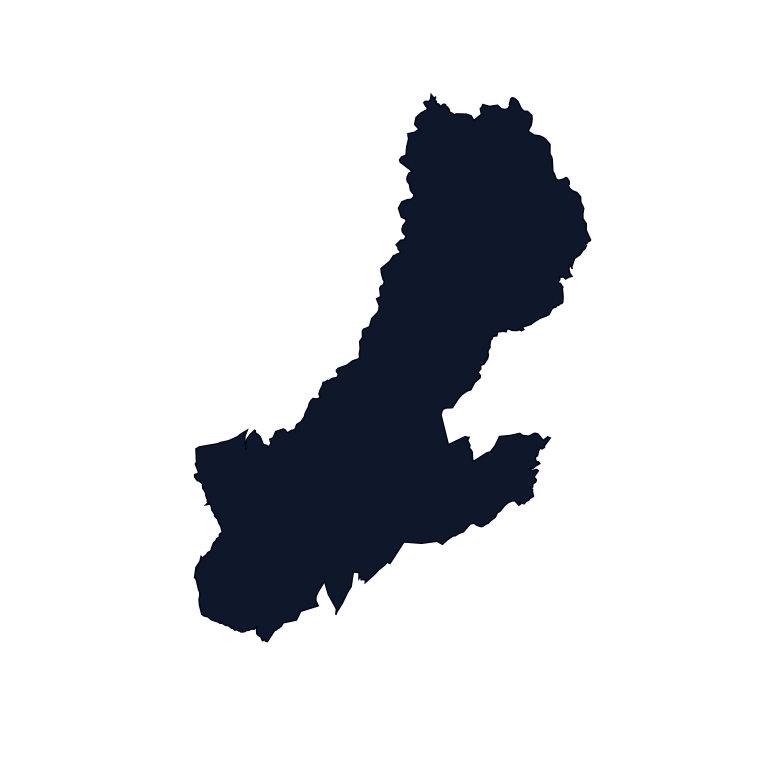 Huatlatlauca, Puebla, Mexico (Mercator projection), rotated 138°
{"feature_id": "50627088B76426864141477", "entity_name": "Huatlatlauca", "entity_type": "district", "adm_level": 2, "iso_a3": "MEX", "parent_name": "Mexico", "parent_adm1": "Puebla", "projection": "mercator", "projection_center": [-98.065, 18.679], "detail": "fine", "context": "isolated", "style": "filled", "palette": "ink", "viewbox_px": 768, "rotation_deg": 138, "n_neighbors": 0, "source": "geoboundaries", "source_scale": "gbopen_adm2", "svg_char_len": 6161}
<svg xmlns="http://www.w3.org/2000/svg" viewBox="0 0 768 768"><g transform="rotate(138 384 384)"><path d="M181.9,560.6L187.5,556.4L187.6,551.7L186.8,549.7L192.6,550.5L198.9,554.0L201.8,549.6L208.5,545.0L214.5,539.3L219.2,541.0L222.6,540.1L223.5,537.9L220.7,523.2L224.3,524.0L228.2,522.4L230.2,520.6L231.2,518.6L231.3,515.7L234.6,510.4L235.1,506.6L234.7,505.4L236.2,503.4L240.1,503.0L243.6,505.5L248.9,507.4L255.6,505.0L259.5,496.3L257.7,492.5L258.3,490.1L264.2,488.9L267.3,486.8L268.4,484.9L268.9,482.5L268.6,480.0L269.5,478.5L272.9,477.8L275.4,479.7L281.8,479.4L282.1,476.4L283.4,474.2L283.1,471.8L284.6,470.7L288.1,472.2L289.1,471.7L290.8,473.1L297.6,471.3L309.0,471.8L311.8,468.0L314.7,462.4L315.2,459.9L318.0,458.2L321.2,458.8L323.2,457.9L327.8,451.5L329.1,451.3L332.5,452.3L335.2,445.2L338.8,442.1L341.9,441.3L349.2,440.9L355.6,436.8L357.1,436.4L362.3,438.3L364.7,437.8L368.9,432.9L373.6,431.9L378.1,426.2L382.1,423.0L384.2,420.3L385.9,419.6L391.9,422.2L398.9,422.8L407.6,426.3L410.1,426.1L410.8,425.3L411.5,421.6L414.6,420.3L419.1,423.0L422.5,423.2L423.5,424.5L427.1,425.0L428.1,426.0L430.8,424.1L436.5,421.8L439.1,420.0L439.9,417.7L440.7,416.9L442.5,417.1L444.6,418.4L446.3,420.7L449.3,420.6L452.9,419.4L455.0,417.7L461.9,415.1L465.4,412.8L470.9,411.5L476.0,412.3L480.2,410.0L481.9,410.2L483.8,411.5L487.9,412.2L488.5,413.1L488.2,416.1L488.9,417.9L496.3,421.1L502.5,418.3L505.9,419.4L507.6,415.4L512.3,414.5L512.1,416.8L514.2,419.6L511.4,427.5L511.4,430.7L512.1,432.9L512.0,433.9L510.9,435.4L511.1,436.2L517.6,436.0L523.2,434.7L526.6,431.9L529.0,428.4L530.8,427.3L525.0,435.5L522.2,438.3L516.5,441.2L524.3,442.7L528.1,442.8L537.5,445.8L545.0,450.1L547.1,450.6L563.5,460.9L567.2,461.6L575.6,451.4L577.7,450.8L581.1,442.1L584.0,442.5L584.7,443.3L585.8,443.1L587.0,441.3L587.4,437.1L586.3,435.6L585.7,431.3L588.4,427.9L589.3,422.9L591.2,420.0L592.9,415.6L593.8,415.1L593.8,413.4L597.2,413.4L594.0,411.4L593.7,409.7L596.3,405.3L596.9,400.9L598.3,399.0L598.1,394.9L599.7,391.3L600.6,387.3L602.9,382.8L603.7,382.2L606.8,382.4L608.8,380.4L612.0,381.0L613.6,380.0L616.9,380.0L622.4,377.2L623.2,376.2L625.4,376.0L627.7,376.7L629.9,376.0L635.3,376.2L635.4,378.2L639.5,375.3L646.5,373.5L654.4,366.8L654.0,366.0L655.0,363.2L659.6,354.9L660.2,352.7L662.7,349.7L665.4,347.9L668.9,343.4L673.5,334.9L673.0,332.2L670.8,329.1L669.9,324.0L666.3,317.6L666.2,316.4L664.4,314.4L663.1,310.5L661.3,308.6L660.7,304.6L659.6,303.3L659.6,301.1L657.7,299.4L657.1,297.6L656.3,297.5L656.5,296.5L656.0,295.1L653.1,293.1L651.2,292.9L648.9,291.2L646.9,290.9L644.6,288.7L641.3,288.9L645.4,283.9L645.8,282.4L644.8,278.1L646.1,274.6L643.1,273.6L644.2,272.3L643.0,270.6L630.8,273.9L628.0,273.2L626.7,273.7L624.7,272.7L623.7,273.1L622.6,272.6L618.8,274.0L607.0,267.2L598.0,270.8L581.3,263.2L579.5,268.8L576.7,271.6L572.4,273.5L560.2,277.2L566.1,265.0L569.9,248.7L574.3,244.7L571.5,246.1L561.3,249.1L550.1,253.7L544.0,255.4L532.6,264.8L528.7,260.5L532.8,256.2L531.0,256.6L530.2,256.0L532.0,253.9L528.7,251.1L530.8,249.0L518.2,248.9L512.3,249.5L504.8,249.0L500.9,249.5L499.7,246.6L474.9,253.3L462.7,240.5L449.7,231.6L447.9,225.8L440.7,225.8L434.4,224.9L432.7,223.6L428.2,222.8L423.9,221.0L413.8,222.3L410.3,220.6L409.6,216.9L407.4,213.2L406.1,212.2L402.0,211.7L399.6,210.7L396.8,211.1L390.5,210.5L385.8,212.6L383.4,211.8L375.0,213.0L370.8,212.7L367.2,211.5L364.8,209.4L364.9,203.7L362.9,203.4L362.3,205.0L360.0,201.2L356.5,201.7L354.5,200.8L352.3,201.3L348.1,200.5L345.5,205.0L344.3,205.9L344.4,207.8L342.2,208.1L340.5,210.1L337.2,209.7L335.5,210.3L334.8,211.4L334.7,214.5L327.3,216.3L327.7,218.4L331.9,220.5L333.0,223.6L329.2,221.5L326.1,221.6L321.5,220.6L321.2,222.8L322.4,223.7L322.6,224.6L321.8,226.8L320.8,227.9L319.5,228.4L318.1,227.9L313.7,231.0L310.9,232.0L310.1,230.1L307.2,229.5L306.2,230.7L296.6,232.6L297.7,235.2L302.7,235.4L303.4,236.3L303.0,243.7L304.3,245.9L305.9,247.0L311.1,248.2L315.5,253.1L316.1,256.4L324.9,261.4L333.3,267.7L342.9,263.7L350.3,262.4L354.0,264.1L369.0,266.5L368.6,268.8L364.0,274.3L363.3,277.3L363.7,279.1L361.2,280.8L359.7,286.0L356.5,287.4L357.5,288.2L358.7,290.5L376.8,295.8L362.3,322.9L358.7,325.3L356.8,325.7L353.8,324.6L349.3,320.8L348.5,320.7L339.4,323.2L333.3,324.0L327.1,323.2L323.3,321.6L315.9,324.4L308.3,324.4L306.7,325.8L306.4,329.8L302.0,330.5L300.2,332.7L299.2,333.0L296.4,331.9L290.0,333.6L287.2,335.5L285.3,338.4L283.2,339.7L280.6,340.3L279.3,342.1L275.3,345.3L273.6,345.2L271.8,346.3L270.4,346.1L268.0,344.3L264.8,346.6L260.4,343.7L258.2,341.1L256.3,342.2L254.7,342.0L252.9,338.1L249.4,334.7L247.1,333.8L246.2,331.6L243.7,330.9L243.2,333.5L242.5,333.4L234.5,329.8L231.5,329.8L224.4,328.5L215.9,325.4L214.7,325.3L208.9,327.4L206.6,327.2L204.8,326.2L203.2,326.7L201.4,325.7L200.0,325.8L197.8,324.9L196.5,325.1L192.5,329.0L186.9,336.5L186.3,336.3L185.6,340.6L186.6,341.8L186.1,343.4L183.4,344.0L182.0,345.9L179.1,343.4L178.7,340.5L174.8,339.6L172.2,338.2L171.9,341.7L169.7,345.7L167.8,347.3L166.9,348.9L166.4,346.6L166.9,343.5L166.1,345.4L158.2,349.8L151.6,348.9L146.7,350.2L144.2,350.0L140.9,351.5L141.1,352.8L139.9,353.4L138.8,352.7L137.4,353.3L135.1,352.5L134.1,352.8L130.8,363.1L126.4,367.7L125.6,373.6L122.3,377.5L118.0,380.9L115.9,387.7L112.7,391.5L112.5,397.2L114.6,401.4L115.1,405.2L114.2,408.1L112.4,408.7L110.6,411.1L110.2,415.0L110.7,415.8L113.2,416.1L117.3,418.1L118.4,419.6L118.9,421.3L116.8,426.0L116.3,429.0L108.7,438.3L107.3,441.0L106.9,443.8L100.3,451.0L100.1,457.7L100.7,460.7L102.6,464.8L105.9,468.4L107.5,474.5L106.6,476.1L101.3,477.9L96.9,481.5L94.5,484.6L94.9,490.5L97.2,492.8L97.6,494.3L97.6,497.1L95.4,504.3L95.8,508.8L97.2,511.0L98.9,511.1L103.8,507.8L103.3,507.1L104.2,506.6L107.7,505.8L110.3,506.9L112.7,510.0L113.1,515.2L119.8,519.6L123.5,525.5L125.6,524.5L128.3,524.1L131.2,519.2L140.8,519.8L139.8,525.0L142.2,529.4L149.6,536.4L151.8,536.8L152.0,539.4L153.3,542.1L151.7,544.8L152.1,545.4L151.5,547.0L152.2,549.1L151.4,550.4L152.4,552.1L156.3,552.5L156.1,555.5L157.4,557.5L155.9,559.2L157.0,560.9L154.8,561.8L153.9,562.7L155.7,563.1L155.3,567.5L159.3,564.2L161.3,563.8L164.3,566.5L166.2,566.4L167.1,562.4L166.9,560.5L168.3,559.0L175.4,560.7L181.9,560.6Z" fill="#0f172a" stroke="#020617" stroke-width="1.5"/></g></svg>